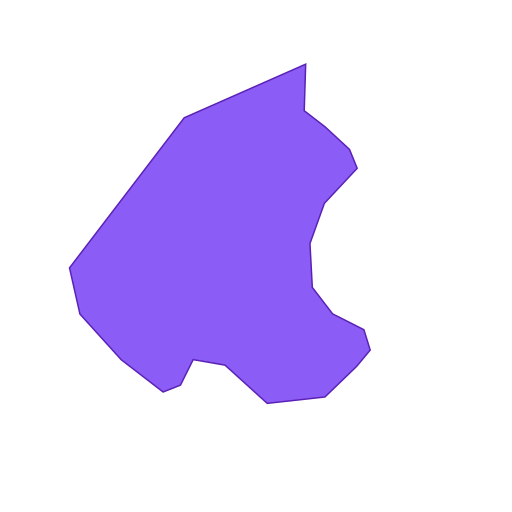 map outline of Żebbuġ (Mercator projection), rotated 316°
{"feature_id": "MLT-5977", "entity_name": "Żebbuġ", "entity_type": "state/province", "adm_level": 1, "iso_a3": "MLT", "parent_name": "Malta", "parent_adm1": "", "projection": "mercator", "projection_center": [14.249, 36.061], "detail": "fine", "context": "isolated", "style": "filled", "palette": "violet", "viewbox_px": 512, "rotation_deg": 316, "n_neighbors": 0, "source": "natural_earth", "source_scale": "10m", "svg_char_len": 444}
<svg xmlns="http://www.w3.org/2000/svg" viewBox="0 0 512 512"><g transform="rotate(316 256 256)"><path d="M113.6,135.0L300.4,106.7L425.0,152.5L391.6,185.0L395.4,211.1L397.3,244.3L389.7,263.2L341.8,265.6L303.5,284.5L274.7,317.7L270.9,350.9L282.4,384.0L272.8,403.0L251.8,405.3L207.7,405.3L161.7,369.8L157.9,313.0L138.8,286.9L112.0,296.4L94.7,289.3L87.0,237.1L89.0,175.5L113.6,135.0Z" fill="#8b5cf6" stroke="#5b21b6" stroke-width="1.5"/></g></svg>